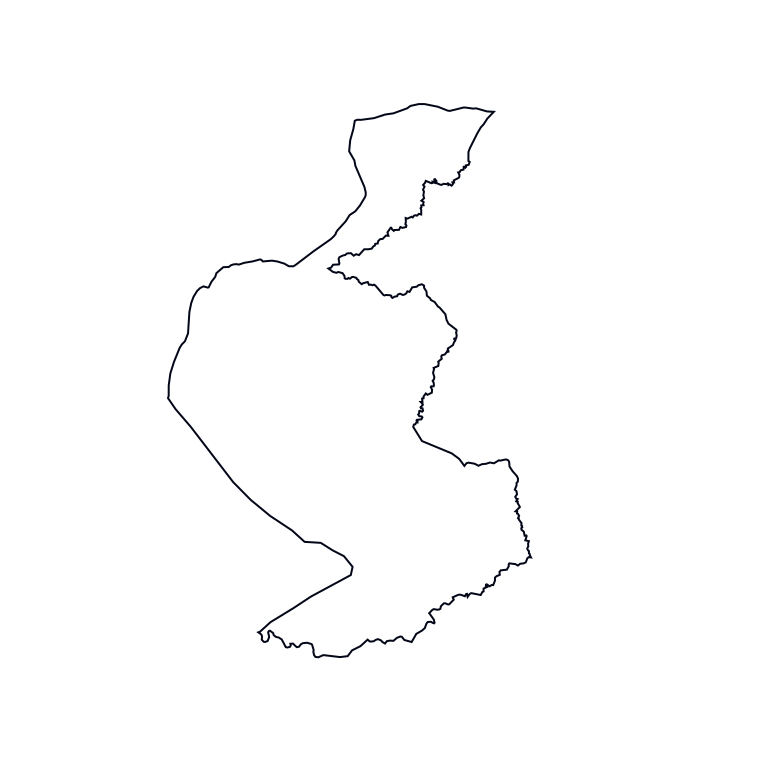 outline of Molqi, Gash Barka, Eritrea, rotated 323°
{"feature_id": "51966322B62181385469599", "entity_name": "Molqi", "entity_type": "district", "adm_level": 2, "iso_a3": "ERI", "parent_name": "Eritrea", "parent_adm1": "Gash Barka", "projection": "albers", "projection_center": [38.368, 14.994], "detail": "fine", "context": "isolated", "style": "outline", "palette": "ink", "viewbox_px": 768, "rotation_deg": 323, "n_neighbors": 0, "source": "geoboundaries", "source_scale": "gbopen_adm2", "svg_char_len": 6166}
<svg xmlns="http://www.w3.org/2000/svg" viewBox="0 0 768 768"><g transform="rotate(323 384 384)"><path d="M468.7,326.0L464.7,323.8L459.8,325.8L458.4,324.0L456.4,325.0L454.6,325.0L452.7,324.3L451.1,321.5L448.8,320.9L447.3,321.8L445.0,320.6L442.5,320.3L442.3,319.0L442.9,317.9L442.3,316.8L439.3,314.2L437.6,313.5L437.1,312.5L436.4,300.2L435.8,298.6L434.4,298.4L433.3,296.7L431.7,295.8L432.4,292.8L428.2,291.0L426.3,290.9L425.4,287.2L426.1,285.5L425.5,283.7L425.8,282.7L423.9,279.9L422.8,279.3L420.2,279.4L419.5,278.0L418.2,278.1L416.6,276.8L416.2,276.0L417.5,273.8L417.6,270.5L414.9,267.0L413.0,266.6L410.7,263.8L409.1,258.3L411.8,259.2L415.1,258.1L420.0,261.4L420.8,261.0L423.1,256.7L424.7,255.9L428.4,256.6L430.6,257.6L433.1,257.5L436.3,259.6L437.0,263.3L439.9,263.6L441.6,266.0L449.3,264.5L452.6,267.0L455.7,268.5L458.1,267.7L460.0,267.9L461.3,266.8L463.5,268.0L465.3,266.4L468.1,266.0L470.2,267.3L474.8,266.6L476.7,268.3L478.0,265.0L483.4,263.2L483.9,263.6L483.5,265.3L484.0,267.6L485.0,267.3L488.7,269.9L491.6,268.5L492.6,270.3L496.0,271.9L497.3,270.9L497.3,269.1L498.9,267.9L501.2,264.5L502.2,266.0L506.6,267.0L507.2,268.3L509.0,267.6L510.8,268.2L511.6,269.4L514.2,269.1L515.7,271.0L518.6,267.3L519.0,265.6L520.1,265.5L521.2,263.8L523.2,265.0L523.6,263.8L525.2,262.5L524.2,260.1L527.8,259.8L529.0,257.0L531.7,254.4L532.1,252.3L535.1,250.8L535.0,248.6L538.0,248.0L539.6,246.9L542.7,252.2L543.6,252.6L544.4,251.6L545.6,253.8L547.2,250.9L548.0,251.0L548.1,253.3L546.8,255.1L548.9,258.7L550.0,259.7L551.9,259.9L554.2,262.0L555.7,262.1L556.0,262.5L555.2,263.9L556.7,264.2L557.2,266.2L557.9,266.3L559.5,265.7L560.0,264.2L561.3,265.2L562.3,263.4L567.8,264.3L568.8,263.9L570.1,262.4L570.6,259.7L571.9,260.3L573.9,259.5L576.5,260.6L578.4,258.5L579.1,259.0L579.1,260.2L580.3,260.0L581.0,258.7L583.5,259.9L586.1,258.2L585.6,256.7L591.1,249.5L594.4,247.4L609.3,240.0L615.8,237.3L620.0,236.5L626.3,234.2L635.5,232.7L630.3,228.3L623.6,219.4L620.8,217.6L615.6,212.4L614.0,211.1L601.1,205.6L599.6,204.3L593.8,194.9L585.0,185.0L580.3,181.4L572.4,177.8L568.5,177.8L554.4,173.5L547.1,169.5L535.9,165.6L524.6,159.2L521.7,156.9L519.1,156.2L513.0,161.9L503.6,169.1L496.2,177.2L494.9,187.6L492.4,192.7L487.0,214.7L484.7,220.0L483.0,222.2L481.1,223.4L472.2,227.0L465.0,228.8L458.2,228.4L451.4,231.0L439.2,233.3L436.4,234.4L435.8,235.1L432.6,235.9L428.5,236.3L407.4,235.6L384.3,235.7L382.2,235.3L378.9,232.7L376.8,227.8L372.5,221.9L368.8,218.1L361.0,213.2L360.8,211.1L360.0,209.9L353.0,207.1L345.3,203.1L340.0,201.3L338.1,199.3L335.5,197.8L333.4,197.1L330.4,197.1L326.0,194.0L316.9,194.6L313.6,196.9L307.7,198.5L302.2,201.3L301.3,201.0L298.6,197.4L294.9,196.7L290.8,197.2L284.4,199.7L278.8,203.3L271.9,209.4L257.9,225.7L250.7,230.1L246.4,230.7L242.5,232.2L229.5,240.0L219.7,247.0L211.2,255.6L204.9,263.9L203.0,265.3L202.4,278.6L203.9,301.9L204.5,371.6L207.8,396.3L213.7,420.9L222.4,445.5L225.6,462.3L237.9,472.8L242.9,486.0L248.4,497.4L248.9,511.1L242.5,516.6L197.7,509.8L176.8,508.5L150.1,505.9L135.9,507.2L134.2,506.7L135.3,510.3L134.6,512.4L132.5,514.6L132.8,517.5L134.0,518.6L136.4,519.2L140.0,517.0L142.1,512.5L143.7,512.0L144.5,512.5L145.6,516.3L144.8,518.1L145.4,520.8L147.4,523.2L148.6,526.5L147.2,535.0L148.4,536.4L150.9,537.3L152.2,536.6L152.9,535.1L155.1,536.6L155.9,541.6L157.9,542.7L161.1,541.8L163.3,542.2L167.0,544.5L169.5,548.0L169.7,548.8L167.7,554.2L166.5,555.2L165.0,558.4L165.0,560.7L167.0,562.7L172.4,564.0L184.5,575.6L191.2,579.5L198.2,577.5L207.4,579.2L217.1,578.3L217.6,580.9L218.8,582.0L220.9,583.2L224.1,583.5L225.8,584.3L227.4,587.2L227.4,589.0L228.6,591.9L231.4,591.1L234.3,592.5L237.0,594.8L241.6,594.5L245.1,595.5L246.1,596.7L246.2,600.7L250.8,606.7L259.4,603.0L266.1,603.8L269.7,603.5L273.7,600.9L275.6,600.4L278.3,602.0L279.4,604.6L280.0,605.3L280.7,605.1L282.0,602.1L282.2,594.2L286.5,593.5L288.2,593.7L290.9,596.5L292.7,597.4L293.8,597.4L295.7,595.7L299.7,595.2L300.8,595.8L302.4,598.5L303.4,599.2L309.9,598.2L310.5,595.7L316.6,597.1L318.3,598.3L320.9,602.2L323.2,601.2L324.0,601.6L322.7,604.3L326.1,603.3L327.8,603.5L334.2,610.7L337.4,609.3L338.7,609.6L340.4,607.3L344.1,608.1L343.7,606.6L344.7,605.6L345.5,605.8L346.6,609.1L349.2,609.4L350.2,610.3L354.3,607.8L356.1,605.4L358.3,605.2L361.6,606.1L363.1,603.6L365.1,603.1L370.4,606.2L374.0,604.6L375.0,603.1L376.2,602.7L380.5,606.9L381.7,609.6L384.6,609.5L387.2,611.1L389.8,611.8L393.7,609.4L395.4,609.4L397.0,611.0L397.5,608.2L398.1,607.5L397.9,606.4L399.2,604.7L398.9,603.5L399.3,601.7L401.7,600.3L402.9,598.3L405.1,596.7L402.8,593.9L406.4,591.3L406.5,590.6L405.0,589.8L406.8,586.0L406.1,583.3L406.8,581.8L408.1,581.7L408.2,580.8L408.9,580.4L408.7,579.3L410.1,577.9L410.1,573.3L410.8,572.4L410.4,571.8L412.6,570.5L412.8,568.4L412.3,567.5L413.6,566.0L412.5,564.9L418.5,564.0L419.1,559.5L420.0,558.5L419.0,557.3L421.5,556.3L420.6,555.2L421.0,553.0L423.8,552.2L425.3,549.3L424.9,547.1L428.8,544.8L430.3,542.8L432.1,542.5L434.1,540.2L434.7,537.4L434.2,531.0L434.6,525.4L437.1,521.5L437.3,519.6L436.0,517.6L430.6,515.1L429.9,514.1L424.1,513.5L421.4,510.5L417.4,509.1L414.0,507.0L410.2,506.1L408.4,502.2L404.2,497.7L402.2,496.9L398.9,497.8L399.0,489.2L396.4,480.3L380.0,452.5L381.5,435.9L383.4,434.4L384.8,435.0L386.8,434.1L387.6,434.9L388.4,433.9L388.2,432.6L388.7,432.4L392.6,434.7L394.6,433.8L394.7,432.8L392.8,430.9L392.9,429.0L394.2,428.7L395.9,426.8L396.6,427.1L397.8,429.1L399.1,428.9L400.1,426.6L398.9,425.7L399.2,424.5L402.3,424.1L402.8,423.6L402.5,420.4L404.0,421.4L405.6,418.6L407.0,419.2L408.1,417.8L411.7,416.7L412.2,418.8L417.0,419.7L419.0,417.4L419.5,414.6L420.4,414.3L422.2,415.7L423.1,415.1L424.5,412.8L424.7,410.8L426.7,410.3L428.3,408.9L429.9,404.6L432.9,402.2L433.3,401.0L438.2,402.3L440.3,400.1L440.7,398.8L445.3,398.6L446.2,396.6L447.4,395.9L450.3,397.0L453.2,396.3L455.0,397.0L455.3,396.5L454.8,395.6L455.6,395.4L456.3,394.1L462.5,394.4L465.0,392.8L467.0,392.3L467.1,390.3L467.6,390.0L468.9,391.1L471.2,389.1L472.6,386.2L474.2,385.1L474.4,384.2L471.8,374.7L472.5,370.6L475.0,365.2L474.4,356.5L473.7,354.4L473.8,349.0L472.0,345.1L472.4,343.3L471.4,339.3L473.6,335.6L473.9,331.3L475.2,329.5L474.2,327.1L470.9,325.8L468.7,326.0Z" fill="none" stroke="#020617" stroke-width="2"/></g></svg>